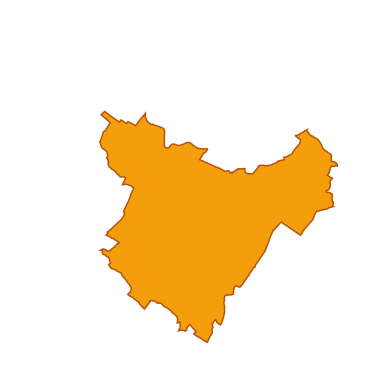 outline of Jupanesti, Gorj, Romania, rotated 129°
{"feature_id": "2599482B25905298128431", "entity_name": "Jupanesti", "entity_type": "district", "adm_level": 2, "iso_a3": "ROU", "parent_name": "Romania", "parent_adm1": "Gorj", "projection": "albers", "projection_center": [23.543, 44.891], "detail": "fine", "context": "isolated", "style": "filled", "palette": "amber", "viewbox_px": 384, "rotation_deg": 129, "n_neighbors": 0, "source": "geoboundaries", "source_scale": "gbopen_adm2", "svg_char_len": 5949}
<svg xmlns="http://www.w3.org/2000/svg" viewBox="0 0 384 384"><g transform="rotate(129 192 192)"><path d="M271.6,231.5L276.5,232.6L276.6,232.3L277.3,231.9L277.0,231.6L279.7,231.5L278.7,229.0L278.4,225.2L277.6,223.0L277.6,221.3L277.3,219.5L277.3,218.2L277.0,216.7L278.3,216.7L278.8,217.3L279.7,217.5L281.4,217.7L283.3,217.6L286.5,218.5L287.1,218.3L288.0,218.7L290.7,219.4L290.9,219.6L291.0,220.9L291.4,221.8L291.4,223.7L292.6,225.1L292.4,225.5L292.9,225.6L293.5,225.5L293.9,226.1L294.7,226.3L294.2,225.7L294.1,225.0L294.7,224.2L296.2,222.8L296.4,222.4L296.0,220.8L295.6,220.2L295.4,219.4L295.9,218.2L295.9,217.6L295.5,217.1L295.3,216.5L296.0,214.0L297.3,212.7L298.5,210.6L300.8,211.0L301.3,209.8L302.3,206.7L301.7,205.7L300.7,202.7L300.4,199.4L299.6,196.1L299.7,195.5L300.6,194.5L301.3,192.3L301.5,189.4L302.5,186.2L303.1,184.3L303.3,182.3L303.9,181.1L303.9,180.5L304.3,179.6L305.6,178.0L309.0,177.1L310.0,177.1L310.9,177.5L311.8,177.5L312.2,176.2L312.1,175.5L311.2,171.9L311.3,170.4L311.5,170.0L311.5,169.4L311.4,167.7L311.4,166.1L311.0,164.1L312.0,162.3L312.6,158.5L312.9,155.3L303.8,155.5L303.8,156.1L303.5,156.3L303.1,156.2L301.9,155.2L300.1,151.9L300.3,151.0L300.1,150.5L300.1,150.0L299.7,149.7L299.6,149.1L299.6,148.8L300.0,148.7L299.2,148.1L299.1,147.7L298.0,146.1L298.0,145.4L298.4,143.4L298.4,142.6L298.2,139.6L297.8,138.3L297.6,137.0L297.8,135.9L297.6,133.3L297.8,132.3L298.3,131.1L297.8,129.0L298.2,127.3L298.3,125.0L299.2,124.2L299.3,123.8L300.0,123.0L303.2,121.0L303.1,120.7L302.9,120.5L301.8,120.6L301.1,119.6L300.8,119.6L300.9,119.0L302.6,117.8L303.7,116.5L305.4,115.7L308.4,115.2L305.8,113.1L304.6,110.9L304.3,109.6L303.8,109.4L302.7,109.4L300.2,110.5L296.4,110.4L298.0,100.8L299.3,100.9L300.2,101.3L301.2,101.2L301.0,99.2L301.0,97.6L300.9,96.6L299.9,92.2L300.0,89.9L299.4,87.5L299.5,85.7L297.3,85.9L297.1,86.2L295.2,86.5L292.7,87.2L289.8,87.4L289.2,87.7L288.6,87.6L287.4,88.7L286.2,90.3L285.7,90.4L284.4,90.3L284.1,90.4L282.3,92.8L278.8,93.7L276.2,93.3L277.6,90.9L277.7,89.5L277.6,89.1L277.8,88.1L277.4,87.6L277.5,86.4L275.3,86.6L273.5,87.1L269.8,88.6L264.5,91.3L262.9,92.9L260.7,94.4L259.2,96.2L258.8,96.5L258.4,97.3L257.7,97.9L256.2,98.1L254.5,99.9L252.3,100.9L251.7,101.0L249.9,99.7L247.4,97.0L245.5,95.5L242.0,98.0L239.5,99.0L238.3,99.1L237.0,98.8L236.6,97.4L236.3,95.4L235.1,94.7L234.3,94.9L234.0,94.7L233.1,94.6L222.4,95.5L221.6,95.5L221.2,95.2L220.8,95.7L215.8,96.0L212.3,96.5L211.3,96.5L210.8,95.9L210.6,95.8L208.6,96.7L191.2,98.1L190.8,98.5L183.3,100.8L177.9,102.9L171.1,104.6L171.0,104.9L169.4,104.3L159.8,104.0L159.3,103.8L157.3,80.5L153.9,80.6L153.1,81.2L152.4,81.2L136.5,80.8L134.0,82.0L133.2,82.1L132.8,82.4L128.7,83.1L126.4,81.1L123.2,78.9L121.0,77.0L119.0,75.8L118.1,75.8L114.2,72.8L114.1,73.5L113.4,74.3L112.6,74.9L111.8,75.0L111.4,75.4L110.9,76.2L110.5,77.4L109.7,78.3L109.1,79.3L107.2,80.2L105.4,81.7L105.7,82.3L105.6,83.7L106.0,85.2L106.5,85.9L107.2,86.3L107.6,87.3L107.2,87.4L106.7,88.0L106.3,88.3L104.2,87.2L103.2,87.3L102.0,87.7L101.3,87.7L99.6,88.9L97.2,91.3L96.4,91.6L94.2,91.6L93.2,91.3L92.9,92.0L93.6,93.9L93.4,95.4L93.8,96.7L93.9,97.6L92.9,97.4L91.8,97.4L90.9,97.5L90.3,98.0L89.5,97.8L86.4,99.7L84.2,99.8L83.7,99.0L80.3,95.5L79.5,96.0L78.9,96.9L79.0,97.5L78.8,98.8L78.9,100.2L80.1,102.4L80.4,103.4L78.0,105.0L76.2,106.5L75.3,107.7L75.9,111.1L75.7,112.2L75.8,113.8L76.2,114.7L75.8,116.3L75.8,117.7L73.9,121.1L73.1,123.1L73.1,123.5L72.5,124.6L72.5,125.8L72.1,127.1L72.2,127.9L72.1,128.3L72.3,129.2L72.3,130.4L72.9,131.5L72.5,132.7L72.7,133.5L73.1,134.0L73.3,136.5L73.1,137.5L72.7,138.3L72.6,138.7L72.4,139.2L72.5,139.9L72.4,141.0L71.8,141.5L71.1,141.7L72.3,142.1L73.3,143.0L74.1,143.2L74.6,143.0L75.4,143.4L76.7,143.7L79.0,144.8L80.6,145.1L81.3,145.5L82.6,146.9L83.1,147.1L83.3,147.0L83.1,145.4L83.4,143.3L83.0,140.7L85.5,139.2L86.7,138.8L90.9,138.9L92.1,139.0L93.1,138.8L94.1,139.0L95.6,138.7L96.6,138.9L98.4,138.4L99.8,138.4L102.3,139.6L104.6,140.4L105.9,141.5L107.3,142.1L107.4,142.4L108.0,141.4L109.2,140.6L112.2,143.5L112.8,143.9L114.4,144.7L116.2,144.9L119.2,146.6L120.2,146.9L122.6,148.6L123.4,149.7L124.5,150.0L126.5,153.5L127.1,154.0L128.2,155.7L128.7,155.8L129.9,156.7L130.8,156.3L132.4,156.1L139.6,156.3L140.7,157.4L142.4,159.8L143.0,161.4L143.1,163.0L142.8,163.8L140.6,165.6L141.0,166.2L143.2,168.5L145.1,170.9L147.6,171.4L148.2,171.9L151.9,172.6L151.5,173.4L152.6,173.5L153.0,173.9L153.0,174.4L152.3,176.6L153.5,178.3L154.8,178.9L155.3,179.7L156.4,186.1L157.3,188.7L162.1,206.7L160.0,206.6L155.0,207.4L154.2,207.0L152.6,206.5L149.1,206.8L148.9,207.4L152.1,211.2L153.2,212.9L154.2,215.0L154.5,216.2L155.1,220.3L154.9,221.6L154.9,223.8L155.3,225.4L155.8,226.1L157.2,227.3L161.5,229.5L163.5,230.8L164.8,232.4L165.9,236.0L166.8,237.1L168.2,237.9L172.1,237.9L173.0,238.4L173.9,239.6L174.0,241.4L173.2,243.1L170.8,244.7L165.6,248.9L161.9,251.5L161.2,252.4L160.7,253.4L160.7,254.6L161.0,256.0L163.0,261.8L163.6,263.2L164.4,265.7L164.8,266.0L165.2,266.8L165.4,269.5L165.1,271.5L164.4,273.1L163.0,275.5L160.2,277.7L168.2,277.9L175.9,277.5L177.6,286.1L180.1,286.0L180.6,292.5L183.4,292.4L184.1,302.0L184.1,303.6L184.4,310.6L189.1,311.2L189.3,304.2L189.7,299.2L196.0,298.3L197.3,298.3L198.4,297.9L199.3,298.1L199.8,298.6L200.8,298.7L209.5,295.4L211.3,295.1L212.1,293.5L213.8,290.9L214.3,289.4L214.5,287.7L214.2,286.7L214.1,285.1L214.2,283.6L216.2,281.0L217.0,280.3L219.4,279.7L219.6,278.2L220.3,276.8L221.9,275.4L223.0,274.8L223.6,274.2L224.5,272.2L224.3,271.5L224.6,270.4L224.7,268.2L224.2,266.8L224.5,264.0L225.0,261.8L225.1,258.5L225.4,257.4L225.1,256.6L224.1,255.8L223.4,254.9L222.7,252.6L225.6,251.6L226.6,251.5L230.2,250.6L229.8,250.0L229.1,249.8L227.9,248.8L226.6,246.3L226.3,245.0L226.0,244.5L225.9,243.6L225.4,242.9L225.4,242.4L225.8,241.1L225.6,240.4L225.8,239.5L231.7,238.3L234.8,236.9L237.9,236.0L250.2,233.0L250.4,232.8L250.5,232.2L250.9,231.7L251.0,231.1L251.4,230.7L255.1,229.7L257.7,229.6L259.4,229.8L261.5,230.2L271.6,231.5Z" fill="#f59e0b" stroke="#b45309" stroke-width="1.5"/></g></svg>